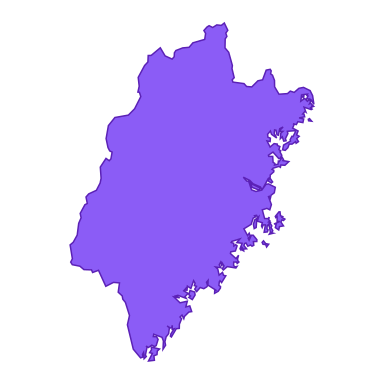 outline of Fujian
{"feature_id": "CHN-1178", "entity_name": "Fujian", "entity_type": "Province", "adm_level": 1, "iso_a3": "CHN", "parent_name": "China", "parent_adm1": "", "projection": "equal_earth", "projection_center": [118.681, 25.949], "detail": "fine", "context": "isolated", "style": "filled", "palette": "violet", "viewbox_px": 384, "rotation_deg": 0, "n_neighbors": 0, "source": "natural_earth", "source_scale": "10m", "svg_char_len": 6050}
<svg xmlns="http://www.w3.org/2000/svg" viewBox="0 0 384 384"><path d="M312.6,95.6L313.9,104.3L311.1,99.9L309.5,98.9L306.6,98.9L308.0,96.0L306.9,95.5L307.6,94.1L303.0,94.6L304.0,96.0L303.1,97.6L301.5,95.5L300.8,101.2L304.7,98.4L307.4,101.3L309.5,99.4L310.5,101.7L309.5,103.8L310.7,103.3L313.5,106.2L311.0,106.2L312.8,106.7L310.6,107.7L312.1,109.1L311.2,109.6L304.1,107.2L305.9,112.1L304.9,111.4L302.7,114.0L304.0,114.2L304.7,116.8L299.1,117.9L303.7,119.0L302.9,122.6L297.9,121.7L296.3,124.6L293.0,123.7L294.2,124.4L292.6,128.1L298.1,131.0L296.6,134.8L299.2,136.3L296.7,138.6L298.5,141.6L296.1,143.3L295.6,141.6L292.1,144.1L289.2,144.1L287.9,147.7L285.2,150.4L282.6,149.8L283.6,145.0L290.5,141.1L290.1,139.7L291.9,136.3L293.0,136.6L295.4,131.8L294.9,130.7L287.3,131.3L287.9,133.6L285.4,138.7L286.1,140.7L284.9,141.0L283.7,141.1L282.3,136.8L280.3,138.7L280.8,133.1L282.8,131.4L280.3,131.4L280.5,129.6L283.1,127.0L279.7,128.7L278.4,135.2L277.0,134.8L276.0,130.2L274.6,129.9L274.2,133.4L276.7,138.0L271.5,134.3L270.4,131.0L267.6,134.3L267.9,137.2L270.4,138.2L270.1,141.6L267.0,140.9L270.1,147.0L274.1,143.6L277.3,144.1L277.4,145.5L279.9,146.5L278.9,149.6L280.7,150.9L280.0,151.9L281.8,155.3L280.3,158.2L278.8,158.6L273.0,152.1L268.4,155.2L268.7,156.4L272.7,156.4L273.1,162.3L274.9,163.5L274.5,165.0L278.0,164.2L278.4,161.1L279.2,161.6L282.1,157.2L283.5,159.6L282.9,160.6L288.8,161.6L284.9,165.3L280.9,165.0L280.4,167.3L278.9,166.4L273.1,168.2L272.0,169.4L273.8,170.3L273.8,171.8L270.2,175.0L270.2,177.2L268.2,178.6L262.7,188.8L261.5,188.8L260.4,186.9L253.1,183.8L249.8,180.4L243.3,177.2L246.7,181.1L248.7,181.3L251.5,189.8L255.9,191.5L261.8,190.1L265.9,184.4L268.5,183.9L275.3,187.3L274.3,192.8L271.1,195.2L270.3,198.6L269.4,196.3L268.5,196.6L271.4,204.6L269.8,209.8L266.9,208.4L262.3,209.8L264.6,218.5L268.1,218.6L269.2,217.1L268.7,219.7L270.0,221.0L268.6,222.0L270.3,222.5L268.9,224.0L270.5,223.7L271.8,225.9L271.1,227.5L272.8,230.8L271.5,232.7L273.3,233.2L269.3,234.2L270.4,232.3L269.1,225.4L267.1,225.9L267.0,228.9L268.1,229.9L267.4,231.9L264.1,232.3L265.4,224.9L263.2,224.9L262.2,227.5L261.5,226.0L262.3,222.7L257.4,221.2L258.7,216.6L257.6,217.6L256.6,215.3L254.6,215.7L255.5,216.9L253.2,218.1L251.1,224.4L243.9,228.8L247.6,235.6L249.2,233.2L250.3,236.2L248.1,238.1L249.1,240.2L251.4,235.2L253.2,235.2L256.9,239.7L256.8,241.5L253.4,241.6L253.8,245.3L252.0,246.2L250.6,245.0L247.8,246.2L246.0,243.0L244.6,243.5L244.0,245.7L246.6,248.8L243.4,249.1L243.7,250.9L241.9,249.9L242.6,247.9L241.9,247.2L240.8,249.9L240.0,248.8L242.1,243.3L236.8,242.6L239.9,238.9L231.8,241.4L231.2,242.5L233.7,243.3L233.9,246.0L235.7,244.7L237.1,245.8L235.4,251.0L230.8,251.8L230.4,253.5L236.0,258.6L238.6,255.2L237.5,259.1L238.3,262.1L239.4,261.6L237.2,263.5L236.5,262.0L233.7,262.1L233.6,265.4L234.9,266.9L237.0,266.4L235.9,268.0L227.3,266.6L223.3,270.0L222.3,268.8L224.0,265.9L222.2,263.0L221.8,266.2L220.7,262.1L219.2,264.8L220.9,267.7L215.6,267.0L217.8,269.1L219.1,275.1L222.5,272.4L223.5,275.3L225.8,275.8L221.6,282.6L220.0,280.7L219.3,281.8L218.9,285.4L220.5,286.5L220.4,288.1L218.2,291.3L214.6,293.3L214.7,290.7L215.9,290.2L207.9,285.1L208.1,280.3L206.5,282.2L207.6,285.6L206.7,286.9L203.8,288.7L200.2,287.5L196.7,291.6L194.7,289.1L196.5,286.3L194.3,285.6L195.1,283.3L193.6,280.7L190.9,288.5L187.4,286.1L187.0,290.2L185.2,290.1L185.5,288.8L183.7,290.8L188.1,293.4L185.0,296.6L186.2,298.4L177.9,295.3L175.7,295.9L179.7,297.9L173.9,296.9L180.0,302.8L187.3,301.2L185.8,306.9L189.8,305.9L191.7,311.6L188.8,312.1L184.4,316.5L183.8,318.7L182.0,315.1L180.0,317.0L181.6,318.8L179.4,324.2L179.3,328.4L176.3,328.7L171.4,337.0L170.4,336.2L170.9,333.9L174.1,328.8L172.2,329.3L172.3,325.3L171.6,327.7L170.2,328.0L167.1,325.9L169.4,327.8L168.6,333.7L166.1,336.9L164.9,341.8L165.6,345.2L163.0,349.2L163.4,341.0L162.0,337.3L153.7,334.2L153.3,336.6L156.5,336.7L158.1,339.4L156.2,345.6L154.6,346.5L151.8,345.1L148.4,347.5L146.2,346.0L147.0,347.4L145.4,355.1L146.3,356.5L144.1,358.7L143.6,352.4L142.5,354.4L143.0,357.0L140.6,357.9L133.3,349.2L127.4,324.8L129.5,315.5L125.4,302.4L122.8,299.2L122.2,295.9L118.2,292.2L119.5,282.9L113.5,282.4L105.8,286.3L98.5,270.3L92.6,272.5L91.5,269.9L83.9,269.6L79.9,266.2L72.3,264.7L70.7,262.1L72.4,258.8L70.1,244.9L73.2,242.3L77.2,235.1L78.7,223.3L81.1,217.8L80.2,213.4L84.9,204.7L87.3,203.5L86.0,197.0L88.7,193.9L96.4,190.3L100.1,183.1L101.1,178.3L100.3,167.1L106.0,158.4L109.2,160.7L110.9,158.9L112.1,152.1L109.7,150.9L108.0,147.6L106.1,138.6L108.4,125.6L114.9,117.5L128.4,115.1L134.6,108.8L140.8,96.6L139.4,92.3L137.9,92.1L139.2,86.2L138.2,77.4L144.6,65.5L147.9,62.0L148.2,55.5L151.2,55.4L160.3,47.8L165.1,55.9L172.1,59.1L174.2,56.7L174.4,52.8L175.9,50.5L182.7,47.9L189.1,47.3L192.9,42.8L204.7,39.4L205.6,33.4L203.9,30.5L207.0,27.0L209.1,25.7L212.7,27.5L216.8,24.9L221.3,25.4L224.3,23.0L227.8,30.3L225.8,33.1L226.9,36.4L225.2,38.9L225.0,47.9L228.7,52.3L232.4,65.6L232.0,68.6L234.2,77.7L232.2,79.8L232.9,82.1L244.0,83.6L246.6,86.5L251.8,86.9L257.9,80.8L262.6,79.8L266.2,70.1L270.2,69.3L271.2,70.9L270.6,73.8L272.5,75.2L274.5,80.4L274.6,86.8L279.0,94.2L287.5,93.6L290.3,91.1L294.2,92.4L298.9,88.3L303.5,87.4L310.1,90.6L312.6,95.6ZM283.5,220.5L282.0,219.9L280.9,222.0L283.5,225.9L279.5,226.6L278.7,229.9L275.3,227.6L276.2,224.0L274.0,224.0L279.8,221.5L277.1,221.3L277.1,216.6L275.8,217.6L275.3,216.4L279.0,211.8L280.0,211.8L280.5,215.7L282.7,216.6L281.9,217.4L284.9,219.1L283.5,220.5ZM151.3,347.1L159.5,349.0L157.3,351.1L157.0,354.6L153.9,355.8L154.4,360.3L148.5,361.0L152.4,353.4L149.6,352.7L151.5,349.8L151.3,347.1ZM190.0,290.5L194.7,292.0L195.1,295.0L192.3,299.6L188.8,297.4L190.5,296.0L188.9,294.7L190.0,290.5ZM252.0,184.1L259.7,187.8L259.9,189.1L258.6,189.9L252.1,187.4L249.5,180.5L252.0,184.1ZM256.8,218.4L256.2,227.5L254.2,228.6L253.4,224.3L254.8,219.8L256.8,218.4ZM265.7,243.6L268.7,244.2L266.6,247.0L265.7,244.6L263.0,244.3L262.1,242.4L263.5,240.8L265.7,243.6ZM270.2,178.4L272.6,181.9L271.3,183.0L267.8,180.7L270.2,178.4ZM308.6,120.8L308.3,119.3L309.5,118.6L311.7,121.2L308.6,120.8Z" fill="#8b5cf6" stroke="#5b21b6" stroke-width="1.5"/></svg>